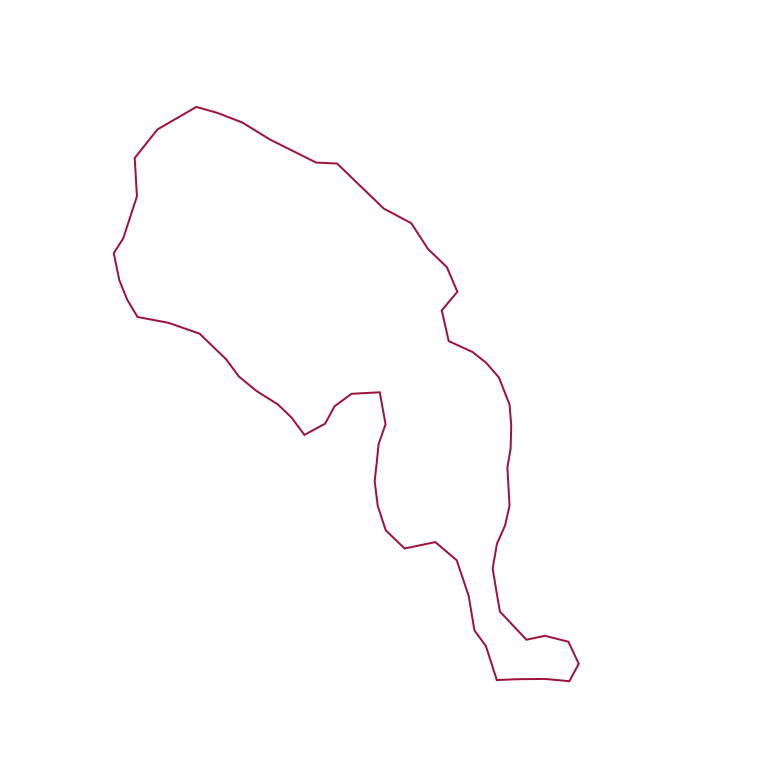 Kontea, Cyprus (Natural Earth projection), rotated 134°
{"feature_id": "46923920B33893861397598", "entity_name": "Kontea", "entity_type": "district", "adm_level": 2, "iso_a3": "CYP", "parent_name": "Cyprus", "parent_adm1": "", "projection": "natural_earth1", "projection_center": [33.731, 35.111], "detail": "fine", "context": "isolated", "style": "outline", "palette": "rose", "viewbox_px": 768, "rotation_deg": 134, "n_neighbors": 0, "source": "geoboundaries", "source_scale": "gbopen_adm2", "svg_char_len": 974}
<svg xmlns="http://www.w3.org/2000/svg" viewBox="0 0 768 768"><g transform="rotate(134 384 384)"><path d="M469.0,44.2L450.0,49.5L441.3,72.3L453.4,93.4L469.0,103.9L467.2,142.5L456.9,156.6L441.3,177.6L420.6,191.7L401.5,198.7L384.3,209.2L358.3,237.3L342.8,247.8L325.5,263.6L311.6,279.4L299.5,305.8L297.8,325.1L299.5,342.6L308.2,367.2L290.9,393.6L266.7,395.3L256.3,419.9L256.3,446.2L249.4,476.1L258.0,506.0L258.0,544.6L258.0,570.9L271.9,586.7L287.4,635.9L294.3,667.5L304.7,692.1L315.1,711.5L358.3,723.8L394.6,720.3L420.6,692.1L460.3,672.8L477.6,669.3L493.2,646.5L501.8,627.1L507.0,607.8L489.7,581.5L475.9,551.6L475.9,514.7L479.4,493.7L477.6,470.8L472.4,446.2L472.4,426.9L475.9,405.9L453.4,398.8L434.4,404.1L413.7,400.6L392.9,381.3L411.9,354.9L430.9,346.2L446.5,333.9L460.3,323.3L475.9,304.0L488.0,281.2L488.0,254.9L462.1,237.3L460.3,209.2L477.6,175.9L498.4,147.8L501.8,128.5L518.6,97.2L503.5,82.8L484.5,63.5L469.0,44.2Z" fill="none" stroke="#9f1239" stroke-width="2"/></g></svg>